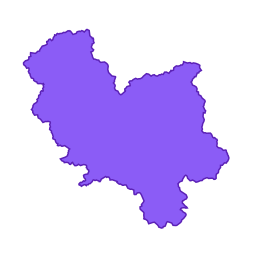 Dinh Lap, Lạng Sơn, Vietnam, rotated 264°
{"feature_id": "81297802B72919536287172", "entity_name": "Dinh Lap", "entity_type": "district", "adm_level": 2, "iso_a3": "VNM", "parent_name": "Vietnam", "parent_adm1": "Lạng Sơn", "projection": "mercator", "projection_center": [107.136, 21.534], "detail": "fine", "context": "isolated", "style": "filled", "palette": "violet", "viewbox_px": 256, "rotation_deg": 264, "n_neighbors": 0, "source": "geoboundaries", "source_scale": "gbopen_adm2", "svg_char_len": 5770}
<svg xmlns="http://www.w3.org/2000/svg" viewBox="0 0 256 256"><g transform="rotate(264 128 128)"><path d="M182.8,206.0L183.9,204.7L185.2,202.2L185.9,199.8L185.5,198.5L185.7,197.7L186.6,196.6L186.4,193.9L188.1,190.2L186.8,190.0L185.1,188.7L185.0,188.1L185.2,187.1L184.6,186.3L184.3,184.3L184.7,182.7L184.3,181.7L183.0,179.8L180.9,179.4L180.5,178.6L180.7,176.6L179.9,176.6L179.3,175.3L178.1,174.4L179.6,172.1L179.7,170.2L177.6,168.6L178.1,167.0L177.5,166.0L177.7,164.7L176.6,162.8L176.7,161.9L177.5,160.3L178.2,159.8L178.1,158.2L177.2,156.4L179.4,154.2L180.1,152.0L177.9,148.7L176.6,147.4L175.8,145.6L175.8,143.5L175.6,142.6L176.6,140.8L175.6,138.2L174.5,136.8L174.6,134.8L173.4,133.6L171.8,134.5L169.9,134.6L169.3,131.3L167.8,130.0L167.2,128.9L165.7,128.8L165.3,129.3L164.9,129.2L162.0,125.0L161.9,124.1L163.1,122.8L165.7,121.8L166.9,119.5L169.2,118.7L171.2,119.7L172.6,119.4L174.3,118.2L175.5,119.4L176.5,119.4L180.0,121.0L180.4,120.9L181.4,117.5L185.2,114.5L188.4,114.0L191.6,114.8L193.3,114.4L194.6,113.4L196.1,111.6L196.1,107.6L197.3,106.5L198.6,106.0L198.9,104.3L200.0,102.2L200.1,101.1L202.2,100.2L204.0,100.0L207.5,99.0L207.9,100.9L209.3,102.0L210.8,100.7L211.9,100.1L212.9,100.2L214.2,101.0L215.3,101.1L215.7,102.6L216.5,103.2L217.8,102.7L219.9,103.0L220.9,102.8L220.7,101.9L221.9,101.6L222.3,100.9L223.8,99.7L229.0,99.6L230.3,97.6L230.2,97.0L228.0,94.5L228.9,93.7L229.7,92.2L228.9,90.6L229.4,89.8L229.1,87.7L228.7,87.1L227.5,86.5L226.8,83.1L230.2,81.0L230.8,80.3L230.5,79.8L231.0,78.6L229.5,75.6L229.8,73.8L229.0,72.3L229.1,69.9L228.7,69.2L229.4,67.6L229.0,67.0L227.8,66.2L228.3,64.8L227.0,64.5L225.9,63.3L223.6,62.4L222.9,61.2L224.6,59.9L224.3,58.6L222.6,57.3L222.5,56.2L221.6,56.1L220.7,56.5L219.9,56.4L219.0,54.6L218.4,51.3L214.9,48.4L213.8,48.1L213.6,46.0L212.7,45.1L211.9,43.7L213.1,39.0L211.5,38.7L209.4,38.8L209.0,36.8L206.9,36.6L206.0,35.3L205.6,33.1L203.9,31.0L202.6,30.8L201.7,31.0L200.2,32.5L198.0,33.5L198.2,35.1L197.8,35.7L195.7,35.6L195.1,35.0L194.4,34.8L193.5,35.3L192.6,35.4L191.9,36.3L190.6,36.2L187.8,37.1L187.1,38.9L186.4,39.3L185.2,39.2L183.8,40.8L183.4,42.1L182.4,42.3L181.5,43.1L181.3,45.9L180.7,47.4L181.1,48.4L180.2,48.9L179.3,48.1L177.5,48.4L176.2,47.3L174.6,47.6L173.8,47.5L173.5,47.1L174.1,46.0L173.6,45.2L172.6,44.5L171.6,44.7L170.1,43.8L170.1,43.1L169.7,42.6L167.1,42.1L165.9,40.4L164.7,40.8L164.0,40.6L162.9,39.5L161.7,37.0L160.1,35.8L159.1,35.7L157.0,34.6L156.5,33.9L154.9,35.1L153.4,34.9L150.5,36.4L150.6,39.0L150.3,39.6L149.2,39.5L147.4,39.8L145.9,41.9L142.4,44.0L143.1,46.6L142.8,48.2L143.0,49.1L142.2,51.2L141.1,51.3L139.7,50.5L137.1,51.0L136.4,50.3L134.7,49.9L133.0,51.6L131.6,51.3L130.4,52.1L127.0,52.7L126.3,52.2L125.2,52.2L123.8,54.4L121.9,54.6L120.2,55.5L119.9,56.6L118.0,56.0L117.6,56.8L117.9,59.1L117.0,59.8L116.7,60.5L117.1,63.2L113.2,67.8L112.0,66.5L110.7,66.5L109.9,65.8L108.8,65.9L107.8,65.2L106.8,65.0L105.6,62.8L104.3,57.5L102.3,58.8L101.3,60.7L100.2,61.0L100.3,63.1L99.8,65.0L98.0,66.2L97.8,67.1L99.4,68.6L99.6,69.3L98.1,69.8L96.1,71.2L96.0,72.7L96.4,74.0L97.1,74.9L95.6,76.9L96.3,80.0L95.8,81.9L95.0,82.8L94.2,82.9L92.9,82.4L92.2,83.2L91.0,83.3L90.4,84.4L88.7,84.5L88.1,84.0L86.5,83.2L86.3,80.5L85.8,79.1L85.3,78.8L83.2,79.1L81.8,80.2L80.3,80.3L79.6,79.1L80.1,78.2L79.0,76.8L78.6,75.8L78.9,75.0L77.7,73.5L76.7,73.3L76.3,73.7L76.2,74.8L74.9,75.5L76.2,78.3L76.0,79.6L75.0,80.5L76.0,81.5L75.7,82.5L76.7,83.4L76.6,84.5L78.4,86.8L79.7,87.6L80.0,88.5L79.2,89.7L79.6,91.1L79.0,92.0L78.5,93.5L77.7,93.7L77.6,94.6L78.7,95.5L79.8,95.9L82.1,100.7L81.1,101.7L81.5,102.7L81.1,103.8L79.6,104.6L78.1,104.7L78.2,106.9L75.9,111.7L75.1,111.3L73.3,113.1L73.0,113.7L73.1,114.6L71.6,116.6L71.5,117.8L71.8,118.8L71.4,120.3L68.2,121.5L66.8,123.8L66.8,125.2L65.7,127.3L61.7,127.1L61.2,127.4L61.0,129.0L62.5,130.4L62.5,132.7L61.8,133.5L60.2,134.3L53.8,136.3L52.8,135.7L50.5,133.4L49.0,133.6L48.3,131.7L46.4,131.6L45.9,131.7L42.7,134.6L41.8,135.0L39.8,134.6L37.1,134.6L36.1,134.2L35.6,134.9L35.6,135.6L33.8,137.7L30.6,138.6L31.5,143.0L31.5,144.5L28.6,147.2L27.1,148.1L26.3,148.2L25.0,150.8L25.2,152.3L26.3,152.8L26.3,154.2L26.6,154.8L29.4,156.2L30.5,157.0L30.7,157.6L28.9,161.6L26.5,162.6L26.0,165.4L26.1,166.4L28.5,170.4L29.6,171.4L30.7,171.6L32.4,174.0L34.8,176.3L35.9,176.7L37.1,176.3L38.9,173.9L40.6,172.8L41.3,171.5L42.4,172.1L42.9,173.4L42.9,175.6L42.3,177.1L42.3,178.6L43.4,178.0L44.7,176.5L46.8,175.1L47.4,174.3L49.2,174.3L50.0,174.9L49.9,175.5L50.9,176.8L51.2,178.2L51.6,178.8L53.0,179.6L55.5,178.8L59.8,173.6L62.1,172.9L62.9,173.2L64.5,172.0L66.2,172.1L67.2,171.8L69.0,173.8L69.7,176.4L71.2,176.9L74.3,179.3L75.0,180.4L74.5,181.3L73.5,181.8L71.9,182.0L69.1,184.2L69.0,185.0L69.5,186.8L68.3,188.6L67.0,189.9L67.2,191.8L68.1,194.6L68.0,196.2L69.3,197.6L70.3,201.0L70.3,201.6L69.4,202.9L69.3,206.3L68.9,207.4L68.0,208.0L67.9,209.2L68.7,210.4L71.4,210.6L72.9,211.1L74.1,213.2L76.7,213.8L79.0,215.9L81.2,216.1L81.1,218.0L83.2,220.2L82.9,222.2L83.9,222.7L84.3,223.5L86.8,225.0L87.9,225.2L90.3,224.7L91.2,224.1L92.4,224.2L93.5,223.5L95.6,223.3L95.9,222.9L95.8,220.4L97.3,219.3L98.3,218.1L99.0,215.7L100.7,214.4L103.6,215.1L105.2,214.8L106.3,215.5L107.4,215.3L108.0,214.2L109.4,213.2L109.2,212.1L110.0,211.3L113.0,210.4L114.3,209.4L114.6,205.4L115.2,204.3L115.3,202.7L117.5,201.1L119.1,201.9L121.3,201.5L122.3,202.1L124.4,202.7L126.6,204.1L128.3,204.7L131.6,203.8L135.4,204.6L134.8,206.1L137.0,207.0L137.9,206.3L141.5,205.1L142.5,205.9L144.2,206.3L146.2,207.5L147.5,207.3L150.1,204.8L152.6,203.7L152.8,203.0L153.9,201.7L156.5,201.8L157.0,200.3L157.4,200.1L159.7,200.8L161.6,200.2L162.9,198.6L164.0,196.6L166.3,196.1L167.1,195.5L168.3,196.8L169.7,197.2L171.3,199.2L172.1,199.5L171.9,200.9L175.4,202.6L175.4,204.1L176.6,204.7L177.6,207.0L180.2,205.6L181.4,205.6L182.8,206.0Z" fill="#8b5cf6" stroke="#5b21b6" stroke-width="1.5"/></g></svg>